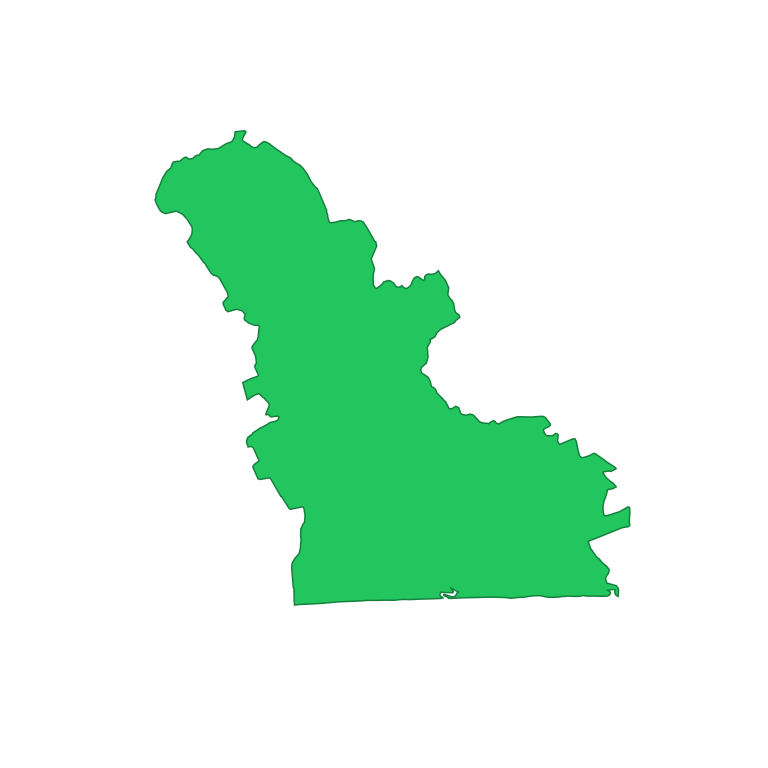 Chiquimulilla, Santa Rosa, Guatemala (orthographic projection), rotated 335°
{"feature_id": "79465075B27028234589447", "entity_name": "Chiquimulilla", "entity_type": "district", "adm_level": 2, "iso_a3": "GTM", "parent_name": "Guatemala", "parent_adm1": "Santa Rosa", "projection": "orthographic", "projection_center": [-90.323, 13.987], "detail": "fine", "context": "isolated", "style": "filled", "palette": "green", "viewbox_px": 768, "rotation_deg": 335, "n_neighbors": 0, "source": "geoboundaries", "source_scale": "gbopen_adm2", "svg_char_len": 6144}
<svg xmlns="http://www.w3.org/2000/svg" viewBox="0 0 768 768"><g transform="rotate(335 384 384)"><path d="M364.5,95.5L355.7,92.5L353.0,96.8L351.6,98.1L348.3,100.1L342.7,99.5L333.4,100.6L328.1,99.0L323.7,96.4L318.2,95.9L314.5,97.7L312.7,98.4L311.1,97.6L308.8,97.7L306.2,98.8L303.9,98.3L302.1,97.5L300.4,94.6L297.3,94.6L293.1,95.9L291.1,94.9L287.3,93.9L285.8,94.3L282.1,98.1L277.1,99.4L270.5,103.7L264.5,109.4L257.6,115.6L256.9,117.2L255.6,119.3L254.4,120.2L253.9,124.9L254.4,131.7L255.1,133.9L257.8,137.2L267.6,139.3L268.6,139.6L269.3,140.1L272.2,143.7L273.8,146.3L273.8,147.3L275.3,151.7L276.3,160.4L276.0,161.7L275.3,163.3L273.9,165.9L272.3,167.7L270.8,168.9L267.3,171.2L265.7,171.9L266.3,178.2L267.7,180.6L268.8,185.2L270.2,188.7L272.0,197.9L272.6,198.3L272.9,201.7L274.1,210.6L275.6,213.8L276.5,213.9L278.8,216.6L279.6,219.3L280.7,234.3L280.2,237.8L279.8,238.6L279.3,239.2L272.6,242.1L272.0,243.5L271.9,250.2L273.3,252.6L281.9,253.9L285.8,257.2L286.5,257.9L287.5,262.4L284.9,265.6L285.0,267.9L286.1,269.1L286.8,271.2L291.7,276.3L295.3,278.0L295.1,279.9L294.4,280.5L292.6,283.4L290.0,287.9L287.4,290.9L286.1,291.2L280.6,294.1L279.5,295.6L279.4,304.4L278.0,309.0L277.1,311.2L274.9,312.5L274.4,313.2L274.0,314.8L274.0,322.3L273.7,323.1L272.9,323.6L265.1,322.8L256.6,323.0L253.4,340.6L262.2,339.3L266.7,339.9L268.6,344.9L269.2,345.4L270.4,349.9L271.1,350.8L271.3,354.0L270.8,355.3L266.3,359.2L264.3,361.1L264.1,362.1L266.6,362.8L266.6,363.7L266.9,364.8L267.3,365.5L267.8,366.1L273.7,368.0L274.3,368.5L275.0,369.5L272.9,371.6L269.8,371.9L264.0,370.7L260.9,371.4L252.6,371.7L244.4,372.9L243.2,373.8L238.2,374.8L236.4,376.3L234.8,378.6L234.2,383.6L237.2,384.5L238.6,386.0L238.3,400.9L232.3,402.1L230.0,403.7L229.8,416.8L231.5,418.2L239.5,420.3L241.2,421.4L243.0,442.3L243.6,442.9L245.5,457.2L246.3,458.0L256.6,460.5L258.2,460.8L258.8,461.6L258.8,463.3L257.0,469.3L256.5,470.6L253.4,475.8L251.6,476.6L247.4,480.2L244.8,485.2L242.6,491.0L238.2,498.3L235.6,501.7L229.3,504.5L225.0,507.7L222.6,511.7L215.8,530.0L215.8,531.6L211.0,542.5L209.5,546.5L212.9,547.6L227.1,553.4L235.9,556.9L250.2,562.0L265.5,568.4L270.3,570.3L272.7,571.4L276.0,572.5L282.3,575.3L287.2,577.6L293.0,580.1L302.3,584.5L306.0,585.7L311.1,587.7L316.2,590.3L323.4,593.2L332.6,597.2L345.3,602.6L347.0,602.8L346.8,601.8L346.1,601.1L345.6,600.4L345.3,599.4L345.9,598.1L347.9,596.7L349.3,597.7L357.6,602.0L358.3,602.2L359.0,601.5L359.0,600.2L358.5,598.6L358.1,596.3L359.6,598.8L363.6,604.0L362.5,604.0L361.8,604.3L360.3,605.6L359.6,606.0L358.9,606.2L357.9,606.3L356.7,606.2L355.9,605.9L350.9,601.1L349.9,600.3L349.1,600.0L348.8,601.0L349.6,601.9L351.1,603.4L352.0,605.6L354.2,606.7L364.2,610.7L366.1,611.6L367.6,612.2L389.8,621.9L403.6,628.7L405.5,630.0L407.2,631.0L408.5,631.8L409.8,632.4L412.4,633.1L413.8,633.6L417.8,635.1L419.3,635.9L421.0,636.5L425.9,637.8L429.3,638.9L433.9,640.8L435.9,641.8L437.5,642.8L441.5,645.9L443.3,647.0L449.6,649.9L452.4,650.9L455.6,651.9L458.4,653.0L460.3,653.6L467.1,657.1L469.4,658.2L471.0,658.8L472.2,659.2L473.0,659.3L474.6,659.7L478.9,662.3L483.6,664.4L492.8,669.0L495.0,669.9L496.2,670.4L497.5,670.6L499.0,670.5L500.0,670.1L500.8,669.3L501.1,668.5L500.8,667.4L500.1,666.4L499.6,665.5L501.7,666.0L505.0,667.2L506.7,668.3L505.4,669.8L505.0,670.9L504.9,672.0L505.0,673.3L505.9,674.9L506.5,675.5L508.3,672.0L509.7,669.6L509.8,666.9L509.2,665.0L508.1,663.9L507.2,663.2L501.8,658.5L502.4,654.2L504.0,652.5L505.6,651.4L506.9,650.8L508.2,649.7L509.7,647.2L508.7,643.3L506.3,638.2L505.1,633.3L503.7,631.0L501.7,620.3L502.6,612.9L539.1,614.9L545.5,616.6L547.1,615.9L548.3,611.9L552.4,604.7L553.6,601.9L554.1,600.9L554.2,599.9L553.7,598.7L552.9,598.5L543.8,599.3L532.9,597.9L530.0,597.3L528.8,596.9L528.0,596.4L528.0,595.5L528.3,594.4L528.5,593.3L530.5,587.8L533.9,583.1L538.2,578.9L542.1,574.3L547.1,575.5L551.0,575.4L549.5,570.1L548.1,568.2L545.5,561.9L545.0,557.3L545.3,556.5L546.2,556.5L551.0,557.9L552.5,559.1L558.5,558.9L558.5,557.8L557.2,555.5L552.4,548.0L551.9,546.6L545.7,536.0L544.2,535.5L539.5,535.7L532.9,534.8L531.4,533.5L531.0,532.2L531.6,527.5L534.0,517.2L533.9,514.4L531.7,513.5L517.6,513.0L517.0,509.3L520.3,503.9L520.2,502.7L518.7,501.4L514.4,502.1L509.8,499.7L508.9,498.4L508.8,495.6L508.9,493.6L509.9,492.3L515.6,492.3L517.2,491.8L517.9,490.6L516.0,482.3L513.8,480.1L503.3,476.1L492.9,470.9L490.3,469.9L481.4,468.7L475.5,468.3L471.2,468.8L469.4,467.3L468.6,464.4L467.9,463.5L464.7,463.5L462.1,464.2L461.3,463.5L458.0,461.7L456.0,460.1L454.5,458.3L451.9,450.0L449.3,447.6L445.4,447.2L441.7,444.3L441.1,442.9L441.7,437.0L439.7,434.6L434.6,435.1L432.6,433.8L432.3,425.8L431.6,424.8L431.1,422.6L428.2,414.7L428.4,411.9L428.3,410.3L427.9,409.1L425.9,406.1L427.0,401.5L426.9,396.8L424.5,392.5L422.8,390.2L423.3,386.4L425.3,384.6L431.0,383.1L431.7,382.4L435.3,378.2L438.8,368.9L443.8,365.5L444.5,363.1L447.2,363.2L450.2,362.7L453.8,359.8L458.7,358.4L474.1,358.0L475.3,357.0L480.9,355.5L481.1,353.3L481.0,352.5L479.6,351.0L479.1,348.3L479.5,346.1L481.1,340.8L480.9,336.5L479.9,334.4L479.5,330.1L483.3,324.2L483.5,316.3L481.5,308.6L481.2,304.3L477.2,305.6L473.0,304.6L470.8,303.0L467.3,303.2L466.1,304.2L465.1,306.3L463.3,306.8L460.6,301.7L459.0,300.6L456.6,300.6L453.3,302.7L450.3,305.7L445.2,307.2L442.7,305.3L441.8,302.4L439.1,302.9L437.6,302.0L436.7,301.7L435.7,299.2L435.6,297.2L434.0,294.2L433.2,293.2L431.7,292.0L426.7,291.4L424.1,292.9L417.7,294.3L416.5,292.8L416.3,289.7L418.7,283.8L420.5,280.3L422.7,277.4L424.1,275.7L425.1,266.3L425.7,264.9L435.7,255.9L436.6,251.7L435.9,250.8L434.8,236.9L433.7,228.6L432.4,226.8L429.9,225.2L426.0,224.5L422.4,220.3L420.5,219.9L418.3,219.8L413.4,217.6L408.5,216.9L406.5,216.2L404.3,215.7L402.9,214.5L403.2,211.0L403.6,208.8L404.1,208.0L404.4,206.3L404.6,203.8L405.4,202.6L406.1,184.3L406.1,181.5L405.9,177.8L405.1,176.9L403.4,169.4L403.2,161.9L401.7,153.9L400.3,150.2L398.5,147.7L395.9,143.3L395.0,140.0L391.1,134.7L387.9,129.3L384.2,123.0L381.9,118.3L379.7,115.2L377.4,113.4L371.6,114.6L369.2,115.8L365.8,114.8L363.8,112.3L363.2,110.5L359.2,104.7L358.9,103.9L358.8,102.9L359.2,102.2L361.6,100.0L365.0,97.7L365.4,97.0L365.1,96.0L364.5,95.5Z" fill="#22c55e" stroke="#15803d" stroke-width="1.5"/></g></svg>